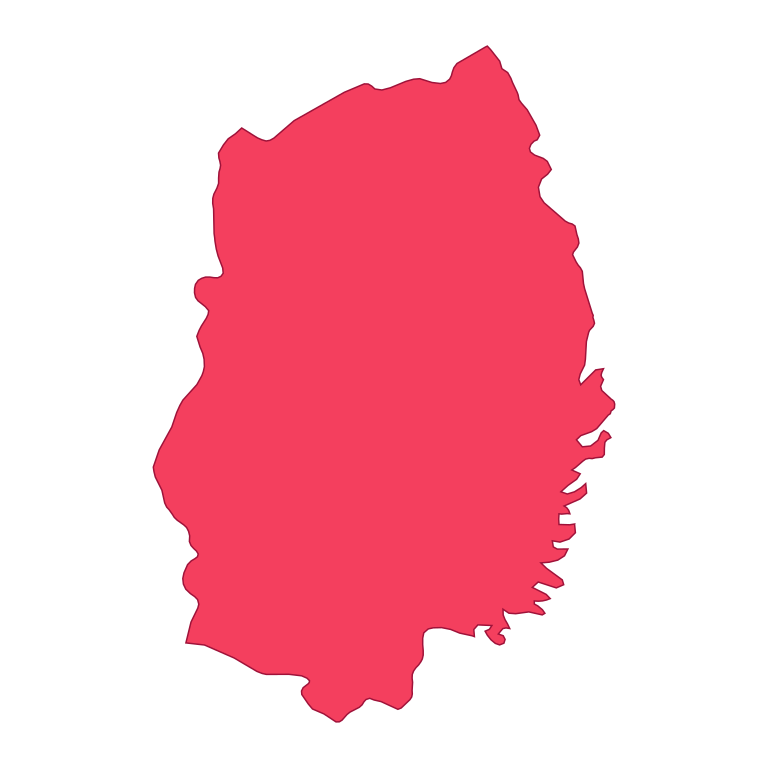 Iwate, Robinson projection
{"feature_id": "JPN-1865", "entity_name": "Iwate", "entity_type": "Prefecture", "adm_level": 1, "iso_a3": "JPN", "parent_name": "Japan", "parent_adm1": "", "projection": "robinson", "projection_center": [141.477, 39.602], "detail": "fine", "context": "isolated", "style": "filled", "palette": "rose", "viewbox_px": 768, "rotation_deg": 0, "n_neighbors": 0, "source": "natural_earth", "source_scale": "10m", "svg_char_len": 4194}
<svg xmlns="http://www.w3.org/2000/svg" viewBox="0 0 768 768"><path d="M487.3,46.1L490.5,49.5L499.7,61.2L501.9,68.7L507.7,72.6L510.9,78.3L512.5,82.5L517.2,92.4L518.1,94.9L519.0,99.7L521.4,103.1L527.2,109.8L536.0,125.2L539.7,135.2L537.2,139.8L534.1,141.1L531.0,144.3L529.4,148.3L530.4,151.9L534.6,155.1L543.3,158.4L547.3,161.4L551.3,169.5L547.6,174.2L541.6,179.0L538.4,187.2L540.0,196.7L544.1,202.8L565.2,221.1L568.7,223.0L572.2,224.0L575.0,226.0L576.9,234.6L578.3,238.8L578.9,243.1L577.4,247.0L573.5,252.0L572.6,254.7L576.1,261.9L578.2,265.2L580.4,267.8L582.3,271.3L583.5,283.6L584.6,288.7L592.3,313.4L593.2,315.3L592.9,317.4L593.8,320.2L594.5,323.3L593.2,326.3L589.6,330.2L588.7,332.2L586.4,341.5L585.4,359.3L584.6,365.1L580.2,374.0L578.8,379.6L580.7,384.8L595.7,369.9L603.5,368.7L601.8,372.4L601.1,375.1L601.7,377.2L603.5,379.6L600.6,386.3L601.8,390.5L611.0,399.0L612.7,400.2L614.0,401.6L614.7,404.1L614.4,408.0L612.9,409.6L611.1,410.9L610.3,413.7L608.2,415.1L596.7,428.6L591.6,431.7L580.8,435.6L576.4,439.8L582.3,446.8L590.6,446.0L598.0,440.3L601.2,432.9L603.7,430.6L608.3,433.3L610.9,437.6L606.9,439.8L604.9,442.3L604.4,448.0L604.3,454.5L602.2,457.1L595.3,457.8L592.2,458.6L589.1,458.3L585.6,459.1L582.6,461.3L575.6,467.4L571.8,470.0L580.2,473.8L576.7,479.2L568.0,485.4L560.9,491.8L567.3,494.0L574.5,491.8L581.2,487.6L585.7,483.6L586.6,493.1L580.1,498.9L564.1,506.0L566.7,507.7L568.7,510.4L569.9,513.8L567.2,513.6L561.6,514.1L559.0,513.8L558.7,519.1L559.0,524.5L569.6,524.8L574.7,524.0L574.6,524.5L575.4,532.7L569.1,539.0L560.0,542.1L552.3,540.8L553.3,546.9L557.3,549.1L567.9,549.0L564.5,555.8L557.8,560.1L549.3,562.2L540.9,562.9L546.6,568.4L562.3,579.9L563.7,584.7L556.3,587.9L538.2,582.0L532.3,587.4L546.2,594.4L550.2,598.6L546.5,600.0L542.5,600.9L538.5,601.2L534.3,601.0L534.3,604.0L537.8,605.9L542.4,609.7L544.9,613.3L542.2,614.9L528.8,611.9L515.7,613.7L508.9,613.2L503.0,609.2L503.2,615.0L505.0,619.6L507.5,623.9L509.7,628.5L506.0,627.9L502.8,628.6L498.3,634.0L503.2,635.7L505.1,639.4L503.9,643.2L499.6,644.9L495.3,643.4L491.0,639.8L487.4,635.3L485.1,631.2L489.4,629.3L491.9,625.5L477.9,624.9L473.8,629.5L474.4,636.6L472.2,635.8L459.7,633.1L450.6,629.4L441.6,627.6L433.3,627.8L428.3,628.9L423.8,632.8L422.7,638.2L422.7,644.6L423.2,650.6L423.2,655.1L422.3,659.0L420.9,661.7L418.7,664.8L416.0,667.6L413.7,670.8L412.3,674.4L412.1,678.1L412.6,682.3L412.1,690.4L412.3,693.9L411.7,697.0L409.9,699.7L401.2,708.0L397.9,709.3L381.1,701.6L374.1,700.0L369.7,698.3L366.0,699.5L364.0,701.7L362.1,704.8L359.3,707.3L350.0,712.1L347.0,714.5L342.1,720.1L339.4,721.8L336.0,721.9L323.9,713.9L312.5,709.0L308.3,704.0L301.8,694.5L301.5,691.0L303.2,687.6L308.2,683.8L309.3,682.4L309.5,680.7L306.9,678.1L301.6,675.8L288.9,674.3L266.4,674.4L262.3,673.5L256.9,671.4L234.2,658.0L204.5,645.0L185.9,642.9L191.0,622.1L197.8,608.1L198.8,604.2L197.6,599.6L194.7,596.6L190.4,593.6L185.8,589.2L183.4,584.1L182.8,578.5L184.0,572.8L187.6,564.6L191.2,560.9L194.9,558.7L197.5,556.7L198.2,553.9L196.4,551.0L193.7,548.5L191.0,545.5L189.4,541.5L189.7,535.9L188.6,531.4L186.6,527.5L183.7,524.8L177.2,520.2L174.3,517.4L172.5,514.5L169.1,509.7L166.7,507.1L164.7,502.9L161.9,490.2L155.3,477.0L154.0,471.7L153.3,467.1L159.2,449.9L171.8,427.0L176.7,412.5L179.9,405.4L182.9,400.1L196.9,384.6L201.9,375.6L203.3,371.7L204.4,366.7L204.1,359.3L202.8,353.4L200.1,347.0L196.8,336.4L199.1,330.4L201.4,326.0L206.3,318.3L208.1,314.4L208.7,310.7L205.4,306.7L198.0,300.8L195.6,297.5L194.5,292.8L194.6,288.4L195.5,284.3L198.3,280.3L201.7,278.3L205.5,277.1L210.0,277.1L214.0,277.7L217.7,277.8L221.0,276.3L223.2,273.2L222.7,268.0L218.1,256.0L216.3,249.1L215.0,241.3L214.7,237.9L214.1,233.6L213.6,208.9L212.7,203.3L212.8,198.3L213.9,194.1L216.9,188.2L218.6,183.4L218.6,178.1L219.0,172.1L220.1,168.4L220.6,165.2L219.9,161.4L218.9,158.0L218.5,153.1L223.5,144.8L228.2,138.8L235.4,133.8L241.7,128.0L257.3,137.8L261.9,139.8L266.1,141.0L270.0,140.3L273.9,138.1L294.2,120.6L344.3,92.3L364.2,83.9L368.2,84.0L371.7,86.1L374.9,89.0L381.9,90.0L390.3,87.8L405.8,81.4L413.6,79.2L419.8,78.7L432.0,82.5L440.4,83.5L445.7,82.4L449.7,79.1L451.4,75.7L452.4,71.9L453.9,67.7L457.0,63.5L485.1,47.2L487.3,46.1Z" fill="#f43f5e" stroke="#9f1239" stroke-width="1.5"/></svg>